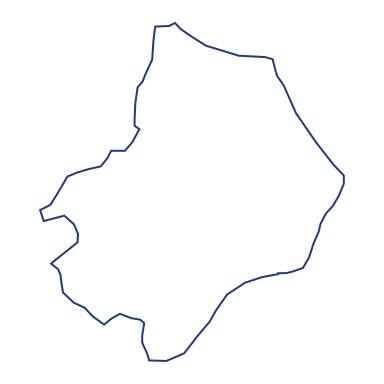 the district of Falun, Dalarna, Sweden
{"feature_id": "70781695B54233926818688", "entity_name": "Falun", "entity_type": "district", "adm_level": 2, "iso_a3": "SWE", "parent_name": "Sweden", "parent_adm1": "Dalarna", "projection": "orthographic", "projection_center": [15.811, 60.776], "detail": "fine", "context": "isolated", "style": "outline", "palette": "blue", "viewbox_px": 384, "rotation_deg": 0, "n_neighbors": 0, "source": "geoboundaries", "source_scale": "gbopen_adm2", "svg_char_len": 1154}
<svg xmlns="http://www.w3.org/2000/svg" viewBox="0 0 384 384"><path d="M175.0,23.0L169.0,26.0L155.2,26.6L153.4,41.0L152.2,59.5L145.6,73.9L142.5,81.7L137.7,87.1L135.3,103.3L134.6,119.0L134.6,125.5L135.2,126.2L139.4,129.2L132.2,142.4L124.9,150.8L111.1,150.8L107.4,158.0L100.8,166.4L89.9,168.8L77.8,172.3L67.5,176.5L56.5,195.1L50.4,204.8L40.1,210.1L43.7,221.0L64.3,215.7L73.9,224.3L78.1,234.0L77.4,242.4L64.6,252.7L55.5,259.9L51.1,263.7L58.1,269.2L60.4,274.6L61.5,283.2L63.0,292.5L73.8,302.7L84.7,307.8L92.8,316.4L104.1,324.6L111.1,318.8L120.1,313.8L131.0,318.1L140.3,319.7L144.2,323.2L142.2,335.6L142.2,342.6L147.6,354.7L149.1,360.4L166.2,361.0L184.2,353.3L198.1,335.3L209.8,321.5L216.0,310.4L227.1,294.5L245.0,282.7L262.2,277.1L275.5,274.6L278.2,274.1L278.2,273.2L286.6,273.1L293.7,271.2L297.3,269.9L303.0,267.9L309.0,257.5L313.6,243.4L318.7,231.7L320.5,223.8L326.0,213.4L332.9,205.9L338.9,195.6L343.9,183.6L343.8,175.6L343.5,175.2L333.5,164.7L316.6,143.1L296.1,113.4L283.6,85.2L277.0,75.8L274.8,67.9L272.6,59.2L272.1,59.1L265.3,57.1L238.6,55.7L211.0,47.2L206.0,45.7L192.2,37.0L180.7,29.1L175.0,23.0Z" fill="none" stroke="#1e3a8a" stroke-width="2"/></svg>